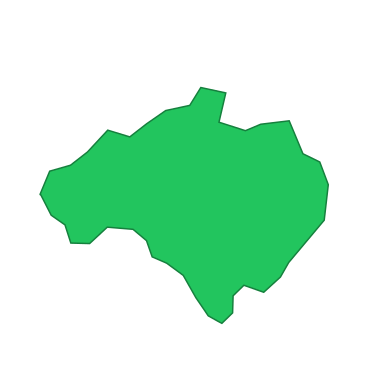 Alampra, Nicosia, Cyprus (Robinson projection), rotated 40°
{"feature_id": "46923920B79876706126113", "entity_name": "Alampra", "entity_type": "district", "adm_level": 2, "iso_a3": "CYP", "parent_name": "Cyprus", "parent_adm1": "Nicosia", "projection": "robinson", "projection_center": [33.406, 34.989], "detail": "fine", "context": "isolated", "style": "filled", "palette": "green", "viewbox_px": 384, "rotation_deg": 40, "n_neighbors": 0, "source": "geoboundaries", "source_scale": "gbopen_adm2", "svg_char_len": 768}
<svg xmlns="http://www.w3.org/2000/svg" viewBox="0 0 384 384"><g transform="rotate(40 192 192)"><path d="M311.4,128.6L291.7,98.8L270.6,86.9L252.4,91.4L220.7,75.0L201.1,95.9L193.5,110.7L167.8,121.2L154.2,94.4L131.6,106.3L133.1,116.6L134.6,127.1L119.5,146.5L113.4,168.9L108.9,189.8L87.7,198.8L86.2,228.6L81.7,249.6L69.6,267.5L77.1,291.4L77.7,291.6L78.1,291.4L99.1,300.3L115.0,298.9L115.8,298.8L132.0,309.0L146.7,297.3L149.7,273.4L170.8,258.5L187.5,258.5L188.4,258.5L203.2,267.3L216.6,263.3L217.4,263.1L218.4,262.8L238.9,261.5L263.0,270.5L278.1,274.7L283.9,276.4L284.2,276.4L295.2,274.3L299.3,273.4L300.8,258.5L290.2,245.1L291.7,230.1L311.4,222.7L314.4,200.3L311.4,183.8L311.4,161.4L311.4,145.0L311.4,128.6Z" fill="#22c55e" stroke="#15803d" stroke-width="1.5"/></g></svg>